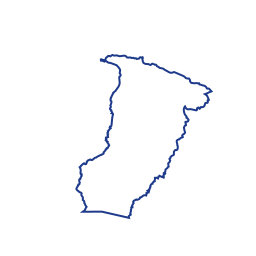 Loreto, Loreto, Peru, rotated 231°
{"feature_id": "86281439B27227740990867", "entity_name": "Loreto", "entity_type": "district", "adm_level": 2, "iso_a3": "PER", "parent_name": "Peru", "parent_adm1": "Loreto", "projection": "albers", "projection_center": [-75.325, -3.761], "detail": "fine", "context": "isolated", "style": "outline", "palette": "blue", "viewbox_px": 256, "rotation_deg": 231, "n_neighbors": 0, "source": "geoboundaries", "source_scale": "gbopen_adm2", "svg_char_len": 5797}
<svg xmlns="http://www.w3.org/2000/svg" viewBox="0 0 256 256"><g transform="rotate(231 128 128)"><path d="M103.9,215.9L106.6,215.8L107.7,215.6L108.3,215.1L108.5,214.6L109.0,214.2L111.1,214.5L112.5,214.1L114.5,212.6L116.2,211.6L116.8,211.0L117.4,210.9L118.0,211.3L120.1,209.1L121.1,207.6L123.1,205.7L123.7,205.5L125.2,205.6L126.5,206.4L127.9,206.6L129.3,205.1L130.4,204.4L132.6,204.1L133.7,203.7L142.2,199.2L142.7,198.6L143.2,197.0L144.2,195.8L145.1,195.2L150.3,193.1L152.0,192.7L155.0,190.3L156.2,190.2L157.8,189.4L159.0,189.6L159.7,189.5L160.3,188.7L161.6,188.1L162.7,187.3L162.8,186.8L162.7,185.7L162.9,185.0L164.8,184.1L166.6,182.1L167.6,181.5L168.8,181.0L170.6,181.5L171.7,182.2L172.6,182.5L173.0,183.5L173.6,183.9L173.8,183.9L174.1,183.1L175.1,182.2L175.4,181.5L175.1,181.0L175.0,180.3L176.2,178.2L177.3,178.0L178.0,176.8L179.1,176.4L179.9,175.1L181.1,174.4L182.1,173.3L182.5,172.5L183.5,171.6L185.0,171.6L186.1,171.1L186.8,170.3L187.6,169.1L188.2,167.9L189.3,166.4L191.6,164.9L192.5,163.4L193.4,162.5L194.4,162.0L194.7,161.2L194.8,159.4L196.1,158.5L196.5,157.7L196.3,157.1L196.4,155.3L196.2,154.7L195.2,153.3L195.2,152.9L196.3,151.7L198.3,150.4L198.4,150.1L197.4,149.4L197.0,149.9L195.7,150.8L194.4,151.5L194.2,152.5L193.7,153.1L191.0,153.9L190.1,154.9L188.8,155.8L184.4,158.4L183.6,158.7L181.1,158.8L179.2,158.7L178.1,158.4L177.5,157.9L175.9,156.1L174.5,155.9L173.8,155.6L173.4,155.2L173.1,153.2L168.1,149.8L166.9,148.2L166.1,146.6L164.7,141.5L164.7,138.7L164.2,138.4L164.0,137.3L163.7,137.0L162.9,135.1L162.3,134.2L162.4,133.9L162.0,133.3L161.7,133.2L161.3,132.4L160.7,132.1L160.1,131.9L160.0,131.7L159.2,131.9L158.3,131.2L157.2,129.7L156.7,128.6L155.2,128.0L154.5,126.4L154.2,126.0L153.8,125.9L152.7,126.1L152.5,125.9L152.3,126.1L151.7,126.0L151.5,125.6L150.3,125.5L149.8,125.1L149.7,124.6L148.8,125.3L148.2,125.1L146.0,122.3L140.4,116.8L140.1,116.1L140.2,115.1L140.4,114.8L139.9,114.1L139.5,114.2L138.9,114.5L138.7,114.5L138.6,114.2L138.9,113.5L138.5,112.5L138.4,111.6L138.0,110.7L138.1,110.4L137.6,110.3L137.3,109.9L137.1,108.9L136.3,108.5L135.9,108.6L135.9,108.1L135.4,107.7L134.9,107.7L134.5,107.5L134.2,107.2L134.2,106.8L133.8,106.5L133.6,106.5L133.8,106.0L133.8,105.6L134.4,104.9L134.1,104.4L133.4,104.1L133.1,103.7L133.0,104.0L132.6,104.0L132.3,103.6L132.4,103.3L131.7,103.0L130.9,103.4L130.3,103.1L130.2,103.2L130.1,102.9L129.6,102.8L129.1,102.8L128.7,102.9L128.0,102.7L127.6,102.8L127.1,102.5L126.5,102.5L126.4,102.0L126.1,101.8L126.1,101.3L125.7,100.7L125.3,99.8L125.7,98.9L125.2,98.4L125.5,97.3L124.9,96.7L124.6,95.2L124.5,93.9L124.1,93.3L123.6,93.1L123.5,92.3L123.8,91.0L124.1,90.4L124.0,90.0L124.4,89.0L125.0,86.4L125.1,84.6L125.7,83.5L125.6,81.5L125.7,79.9L126.1,79.4L126.8,79.2L127.3,78.8L127.4,78.1L128.0,76.7L127.8,75.8L127.9,75.4L127.8,74.8L127.4,74.6L127.0,74.1L126.4,72.7L126.5,72.3L127.0,71.9L127.4,71.8L127.7,71.9L128.2,71.7L128.4,69.8L128.2,68.5L128.2,67.6L127.8,66.5L128.0,65.8L127.7,65.6L127.0,65.7L125.4,65.0L124.3,64.2L123.6,63.3L123.1,63.1L122.4,62.4L121.5,62.2L121.2,62.8L120.0,62.0L119.2,59.8L118.4,59.1L118.4,58.5L118.7,58.0L118.6,57.6L117.9,57.1L117.5,56.7L116.5,56.3L116.1,56.3L115.5,55.4L115.1,55.2L115.0,54.5L115.3,53.8L114.7,53.3L114.8,52.8L114.2,52.1L114.1,51.2L113.3,49.7L112.8,49.4L111.1,49.4L110.1,49.8L108.7,49.9L107.8,50.6L106.6,50.9L106.3,50.8L105.6,49.8L105.3,49.6L104.7,49.4L102.9,49.3L102.2,49.1L100.6,47.6L98.9,47.9L98.3,47.7L97.1,46.8L96.5,46.9L94.9,46.3L92.8,46.2L92.6,45.3L91.3,42.6L91.2,41.6L91.4,40.6L91.4,40.1L79.5,55.0L57.6,72.2L58.6,72.6L59.0,73.1L59.0,74.7L58.9,75.4L59.1,75.5L59.2,75.8L59.5,75.9L59.8,75.8L60.0,76.1L60.5,76.3L61.1,77.5L62.0,78.2L62.0,78.4L62.7,79.0L63.3,80.0L63.5,80.2L64.2,80.5L64.3,81.3L63.8,81.7L64.5,82.2L65.2,82.4L66.1,85.1L67.3,85.4L67.4,85.9L67.8,86.6L67.7,87.4L67.4,88.1L67.3,89.4L66.6,89.7L66.3,90.1L66.2,90.9L65.8,91.6L65.8,92.3L65.9,93.0L66.4,93.5L66.2,94.3L65.8,94.9L65.9,96.7L65.7,98.0L64.9,99.1L64.1,99.7L64.6,100.4L65.9,101.4L65.9,101.6L65.3,102.1L65.3,102.6L65.8,103.0L65.6,103.5L65.1,103.7L65.7,104.6L66.4,103.8L66.9,103.8L66.6,104.5L66.4,105.2L67.0,105.5L66.9,106.3L67.5,106.8L67.6,107.7L68.1,107.9L68.4,108.7L68.9,108.9L69.5,110.1L69.6,111.1L69.3,111.9L69.7,112.0L69.8,113.1L70.1,113.5L69.8,115.2L70.4,115.3L70.5,115.8L71.5,117.1L72.3,117.6L71.6,118.7L71.0,119.2L70.3,119.3L69.9,119.6L70.4,120.1L70.5,120.7L70.9,120.9L71.1,122.4L69.0,123.3L68.2,123.9L67.0,124.5L67.3,125.0L67.8,125.2L68.4,125.0L68.6,125.1L68.9,125.6L68.9,126.2L69.3,126.6L69.0,127.4L69.1,127.9L69.2,128.1L69.6,127.8L70.0,127.2L70.4,127.3L70.5,129.2L70.8,129.8L71.9,130.7L72.1,131.3L72.2,132.2L72.1,133.5L72.5,134.3L72.4,135.3L73.4,135.8L75.1,136.9L75.4,137.7L75.3,138.8L76.2,140.3L77.5,140.6L78.0,140.9L78.0,142.0L78.1,142.3L78.6,142.7L78.8,144.2L78.4,146.0L78.4,146.7L78.5,147.0L80.6,148.6L81.1,150.2L81.1,150.9L80.2,152.0L80.4,153.2L81.8,154.7L82.3,155.0L82.7,155.3L83.7,155.5L84.3,156.1L86.5,157.1L87.4,157.9L87.6,159.0L87.4,159.6L87.4,160.0L86.9,160.6L87.1,161.8L87.0,163.0L86.4,164.8L86.9,165.1L87.9,165.2L88.1,165.5L88.4,166.7L88.1,168.1L88.5,169.4L88.9,169.7L90.3,170.2L93.1,171.7L93.6,172.6L94.0,174.0L94.0,174.4L93.7,174.7L93.8,175.0L96.5,176.3L96.5,176.7L95.7,177.9L95.5,178.5L95.6,179.3L96.1,180.0L96.5,180.3L97.5,180.3L98.2,180.3L99.2,179.9L99.6,180.5L100.2,180.7L102.4,180.7L104.3,181.2L106.5,182.4L107.2,182.9L108.0,183.8L108.9,185.6L108.9,185.9L108.0,185.6L106.4,185.5L105.2,186.0L104.4,186.8L103.3,188.5L98.8,192.1L98.6,192.7L99.7,194.0L99.9,194.5L99.8,195.0L99.5,195.7L98.3,195.6L97.9,195.7L97.9,196.5L98.4,197.7L97.3,199.1L97.0,199.8L97.1,201.4L98.3,203.1L98.6,203.7L98.5,204.3L97.6,205.6L97.6,205.9L98.0,206.4L99.4,207.3L99.4,207.5L98.9,208.0L98.9,208.5L101.5,209.3L103.0,209.7L104.0,209.7L105.9,209.1L105.2,211.1L104.8,213.2L104.2,214.8L103.9,215.9Z" fill="none" stroke="#1e3a8a" stroke-width="2"/></g></svg>